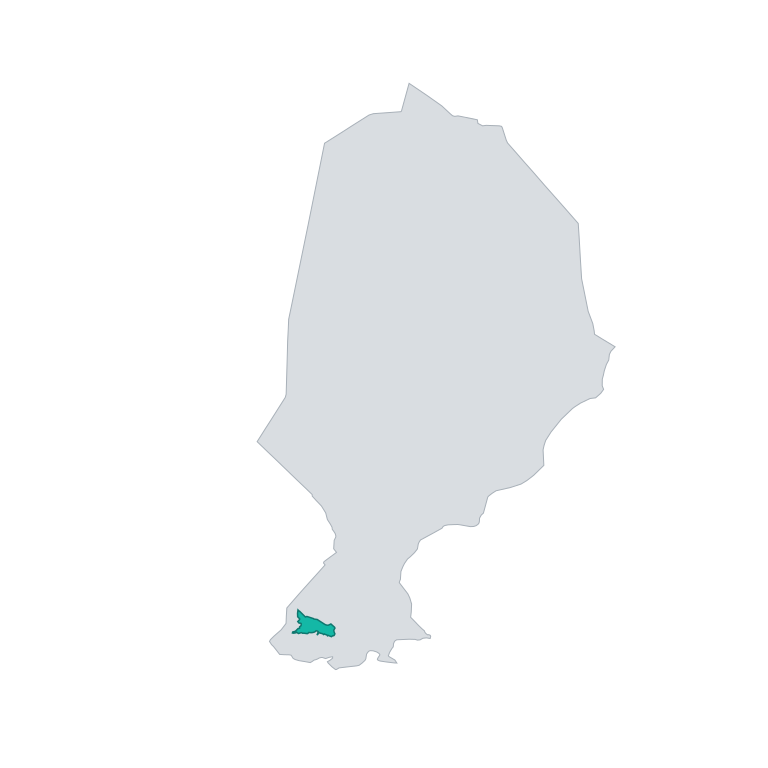 Tillabéri, Tillabéri, Niger (highlighted), rotated 314°
{"feature_id": "23599985B45975933186230", "entity_name": "Tillabéri", "entity_type": "district", "adm_level": 2, "iso_a3": "NER", "parent_name": "Niger", "parent_adm1": "Tillabéri", "projection": "mercator", "projection_center": [1.394, 14.379], "detail": "fine", "context": "in_parent", "style": "filled", "palette": "teal", "viewbox_px": 768, "rotation_deg": 314, "n_neighbors": 0, "source": "geoboundaries", "source_scale": "gbopen_adm2", "svg_char_len": 4109}
<svg xmlns="http://www.w3.org/2000/svg" viewBox="0 0 768 768"><g transform="rotate(314 384 384)"><path d="M571.3,524.4L565.2,524.5L561.8,525.6L557.4,529.0L552.5,530.4L546.5,533.3L542.7,535.7L539.2,537.6L534.3,542.2L532.7,545.7L527.8,546.4L521.0,545.8L516.7,542.3L506.7,538.6L500.2,537.1L497.2,536.6L481.8,536.0L465.5,537.5L457.2,539.2L455.7,539.5L451.0,541.8L447.1,544.2L436.5,555.5L422.5,555.1L414.2,553.9L407.2,552.1L397.3,546.8L385.1,538.8L380.4,537.7L376.1,537.1L374.7,537.2L360.2,545.2L357.3,545.0L353.9,545.9L351.6,547.9L350.0,548.9L348.2,549.1L345.9,548.6L343.7,547.4L341.4,545.2L335.4,536.3L334.2,534.7L331.6,532.1L327.3,528.0L324.4,526.0L322.6,525.5L320.5,525.9L308.8,522.3L297.1,518.6L294.5,519.1L292.7,519.8L288.6,522.6L283.9,523.1L277.8,522.9L274.5,522.5L269.1,523.4L265.6,524.5L260.9,526.4L254.9,531.5L253.1,532.2L251.7,533.0L249.6,547.0L248.0,551.2L244.9,556.7L238.9,562.0L234.7,565.2L234.6,569.5L234.3,576.6L234.3,581.4L234.5,584.5L233.8,586.0L233.6,587.4L233.8,589.5L234.8,590.4L235.3,591.7L235.0,592.8L233.0,594.0L230.9,590.9L228.1,588.6L225.0,587.7L223.0,586.0L221.9,583.8L217.9,579.4L208.8,570.8L207.8,570.6L206.3,570.3L203.7,571.3L202.1,572.7L201.0,573.3L199.3,573.4L195.0,574.4L191.5,575.9L191.4,577.0L193.0,583.5L192.2,587.1L190.7,585.4L185.7,578.8L182.2,573.9L181.6,572.8L181.1,571.2L181.4,570.4L182.8,569.9L186.0,569.3L186.6,568.8L186.7,567.4L186.2,564.9L184.5,561.5L182.6,559.3L181.6,558.8L179.7,558.7L177.6,559.1L173.7,561.8L172.0,562.3L168.0,562.1L164.4,561.5L162.2,560.1L155.7,554.7L148.6,548.9L145.6,548.1L144.9,547.5L144.4,543.0L144.5,537.6L144.9,536.2L147.9,537.1L151.1,537.5L152.1,536.5L149.6,534.6L145.9,532.7L144.5,529.7L143.5,528.7L141.8,527.7L140.0,527.2L138.1,526.3L136.8,525.5L134.6,525.1L132.4,524.5L129.2,519.7L126.0,515.1L124.1,511.5L123.5,509.3L124.4,505.6L123.5,504.1L120.0,500.3L117.0,496.8L117.8,491.4L118.4,486.8L118.4,484.0L118.9,482.3L119.2,480.5L121.2,479.9L126.1,480.0L135.8,480.8L143.5,479.9L143.9,479.7L149.4,474.8L155.4,469.7L164.5,469.2L174.3,468.7L182.1,468.4L193.3,468.0L202.4,467.7L212.9,467.3L213.2,465.0L213.9,464.4L214.9,464.3L222.7,465.6L229.9,466.8L230.5,462.3L236.9,456.8L240.5,455.6L241.4,454.7L242.5,452.8L243.2,449.9L243.5,447.8L244.9,446.1L245.9,442.9L247.2,437.4L250.8,431.6L252.8,423.7L253.1,416.1L253.5,410.3L254.6,409.1L254.6,398.7L254.5,388.3L254.5,379.5L254.5,368.5L254.5,358.9L254.4,348.4L254.4,339.0L254.4,332.8L261.7,331.3L269.4,329.7L280.5,327.5L292.6,325.0L305.8,322.3L308.7,320.7L318.7,311.6L323.2,307.5L332.1,299.4L339.0,293.1L347.7,285.1L357.0,277.0L364.3,270.5L375.9,263.2L393.4,252.1L410.9,241.0L428.4,229.9L445.9,218.8L463.4,207.6L480.9,196.4L498.4,185.2L515.9,174.0L533.5,178.3L550.3,182.3L567.1,186.4L571.1,188.6L580.0,196.6L591.4,206.8L591.9,207.0L592.4,207.0L603.4,201.0L617.7,193.2L621.4,214.3L624.2,232.5L624.4,244.0L624.6,247.0L625.7,249.0L628.3,251.0L638.9,267.6L636.7,270.5L638.2,275.6L641.0,277.8L649.8,287.6L651.0,289.6L650.5,291.1L644.3,302.6L643.2,305.5L642.0,320.1L641.1,330.5L640.0,344.6L638.5,361.5L637.4,375.7L635.9,394.5L634.4,412.2L625.6,421.9L609.8,439.0L597.0,453.0L590.6,462.3L578.1,480.4L572.5,492.2L568.2,498.3L566.0,500.9L567.9,509.5L571.3,524.4Z" fill="#d9dde1" stroke="#a8b0b8" stroke-width="1"/><path d="M141.3,491.1L142.0,492.1L143.9,493.5L144.7,493.6L145.1,495.8L147.7,497.2L148.2,498.6L149.2,499.6L151.0,502.1L151.6,502.5L153.0,502.5L154.3,504.1L155.2,505.0L156.4,505.8L157.5,506.4L159.4,506.6L160.0,507.8L160.2,508.7L158.8,509.4L157.4,510.0L157.5,510.3L158.4,510.2L159.5,510.0L160.4,510.5L160.4,511.1L161.7,513.2L161.8,514.6L162.8,514.8L163.0,515.7L163.8,517.1L163.6,518.3L164.4,518.5L165.7,521.7L167.4,522.0L168.0,522.7L168.9,522.7L170.2,522.2L170.9,520.4L172.0,518.9L174.3,518.3L174.7,517.4L174.5,512.5L171.8,511.5L170.8,510.4L170.0,508.6L168.9,503.1L168.2,499.5L166.3,497.0L166.3,496.3L163.2,490.0L161.8,489.3L161.9,481.0L161.6,480.8L161.7,479.1L159.0,481.1L156.6,483.6L156.5,486.5L156.0,486.9L153.2,487.0L153.0,489.0L154.1,490.3L154.0,491.1L152.5,492.2L150.7,492.0L149.7,492.9L148.4,492.1L144.6,492.0L142.2,490.6L141.3,491.1Z" fill="#14b8a6" stroke="#0f766e" stroke-width="1.5"/></g></svg>